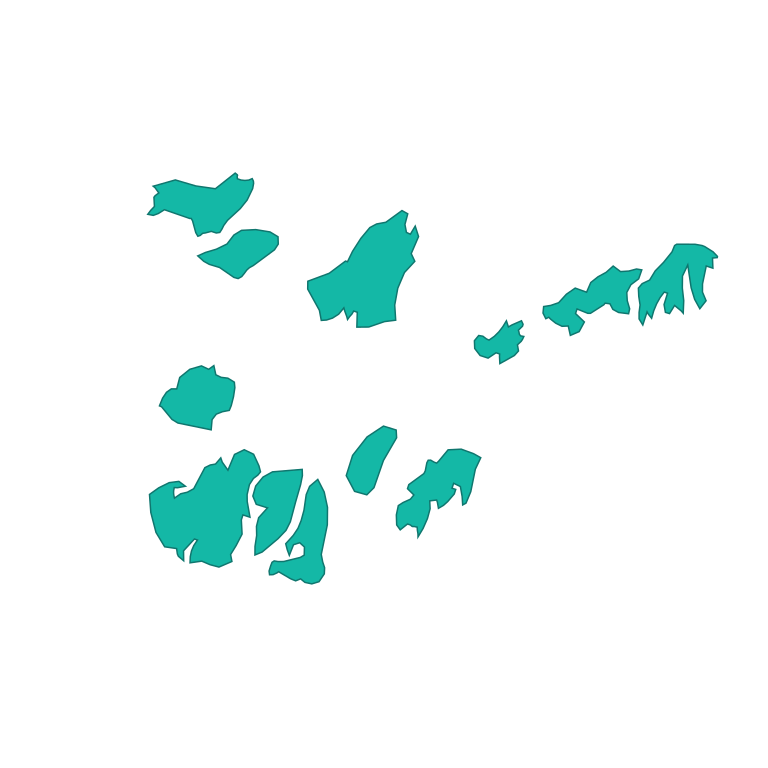 the border of Bolama, rotated 18°
{"feature_id": "GNB-770", "entity_name": "Bolama", "entity_type": "Region", "adm_level": 1, "iso_a3": "GNB", "parent_name": "Guinea-Bissau", "parent_adm1": "", "projection": "equal_earth", "projection_center": [-15.897, 11.361], "detail": "fine", "context": "isolated", "style": "filled", "palette": "teal", "viewbox_px": 768, "rotation_deg": 18, "n_neighbors": 0, "source": "natural_earth", "source_scale": "10m", "svg_char_len": 5293}
<svg xmlns="http://www.w3.org/2000/svg" viewBox="0 0 768 768"><g transform="rotate(18 384 384)"><path d="M297.7,552.1L290.3,552.1L290.3,557.3L295.4,570.6L293.3,583.3L290.8,593.6L294.2,599.8L283.6,609.1L274.5,609.6L265.4,608.8L254.8,614.0L253.1,608.0L252.5,602.3L253.0,596.5L254.8,590.0L251.6,590.0L244.9,604.6L248.1,614.0L241.7,611.4L240.0,609.5L237.6,604.6L225.7,606.6L213.0,595.6L201.9,578.2L195.1,561.5L201.8,552.4L210.2,544.2L219.0,540.0L226.7,542.6L219.6,546.5L216.5,547.3L216.9,550.4L217.5,552.5L218.4,554.6L220.0,557.3L224.6,551.2L230.4,547.7L235.4,542.4L239.5,518.9L243.8,514.7L248.5,512.2L251.6,504.7L254.3,508.3L262.2,514.2L263.6,497.2L271.4,489.7L281.7,491.1L290.3,500.4L293.7,505.7L292.2,509.6L289.0,514.2L287.1,521.2L288.0,531.5L290.2,538.0L297.7,552.1ZM311.5,279.0L313.1,267.5L317.0,252.6L322.2,239.6L327.5,234.1L335.8,229.6L347.5,213.5L354.0,214.8L354.6,225.8L358.5,232.9L362.8,233.4L364.9,224.2L371.3,233.1L369.6,251.6L375.4,257.8L369.0,271.7L367.5,288.6L369.8,305.6L375.4,319.7L365.2,324.5L351.9,334.5L340.6,338.3L336.4,324.0L332.6,324.0L331.9,327.3L330.4,330.7L329.4,333.9L327.7,331.3L324.0,326.6L322.3,324.0L319.3,331.6L314.7,337.2L309.6,340.9L304.7,342.9L299.8,333.9L282.1,317.3L279.8,309.8L297.7,295.6L309.4,279.0L311.5,279.0ZM181.0,290.6L177.8,292.2L172.6,292.2L167.3,295.6L165.0,296.7L163.3,299.5L161.3,301.0L158.2,298.2L151.5,288.0L149.5,286.1L148.3,286.6L121.3,286.1L116.7,291.6L112.5,294.9L106.9,295.6L108.5,290.9L110.8,286.1L107.5,277.5L108.2,275.5L110.8,271.9L105.7,268.1L103.4,267.2L122.5,254.4L143.8,253.8L163.3,250.4L177.3,229.4L179.7,230.3L180.2,230.7L180.1,231.6L181.1,234.1L185.0,234.2L188.8,233.4L192.3,231.9L195.2,229.4L197.1,231.4L198.0,233.5L198.7,238.8L197.0,251.3L193.1,261.6L184.6,276.7L182.6,282.7L182.0,286.8L181.0,290.6ZM498.8,424.2L497.2,436.8L499.8,459.6L498.8,472.0L496.2,474.7L493.1,466.9L488.3,457.9L480.9,456.9L480.9,462.1L484.8,462.1L484.8,466.9L480.9,476.2L478.1,481.0L474.2,485.4L471.3,479.9L469.9,478.1L463.6,481.0L466.4,488.4L466.9,498.5L465.8,509.3L463.6,518.9L462.6,516.0L460.9,512.7L459.8,509.9L456.7,510.2L455.5,510.7L454.6,510.7L452.7,509.9L449.6,509.9L444.5,517.7L439.6,514.1L436.2,504.7L435.2,495.2L438.8,490.8L444.7,485.4L446.7,480.3L438.7,476.3L438.7,472.0L449.6,456.9L450.1,453.9L449.1,445.7L449.6,442.8L452.0,442.0L455.5,442.8L458.5,443.0L459.8,440.6L465.3,426.8L477.6,422.1L490.8,422.6L498.8,424.2ZM661.9,160.8L657.5,162.7L661.0,172.2L654.0,172.2L656.0,190.4L658.5,198.2L664.6,205.3L661.1,214.8L653.3,207.5L646.4,197.6L636.1,176.9L634.5,189.1L638.1,200.6L643.3,212.1L646.7,224.2L644.2,222.7L636.1,219.5L633.8,228.8L629.5,228.9L625.8,221.9L625.6,210.0L622.1,210.0L619.9,216.4L618.5,223.4L617.9,231.0L618.2,238.8L613.7,235.8L611.9,234.1L611.9,247.9L606.5,243.3L604.5,237.1L603.1,229.7L599.2,221.9L596.3,214.2L598.5,208.8L604.5,203.1L607.0,192.6L612.3,181.9L617.1,169.3L617.6,162.5L617.7,162.4L619.2,160.6L636.6,155.0L643.8,154.0L646.6,154.2L656.1,156.6L661.7,159.6L661.9,160.8ZM233.8,481.0L200.0,484.8L193.3,483.2L179.5,474.4L177.2,474.2L177.8,465.9L179.7,459.1L183.2,454.4L188.4,452.7L187.7,440.9L194.8,430.0L204.8,423.2L212.7,424.2L216.5,419.1L221.2,427.2L227.0,428.0L233.7,426.7L241.1,428.5L243.3,433.6L244.8,442.6L245.4,451.7L245.0,456.9L238.9,460.3L233.8,464.5L231.5,471.0L233.8,481.0ZM350.5,495.2L360.5,505.2L368.4,518.8L373.6,535.4L377.0,565.5L380.7,572.2L384.3,577.1L385.9,583.0L383.3,592.1L377.1,596.4L370.1,597.1L364.9,595.1L360.8,598.5L355.4,598.1L341.8,595.1L340.6,596.7L337.4,599.6L334.1,600.8L332.5,597.4L332.4,591.9L332.6,588.2L334.2,586.2L338.1,585.6L343.5,583.8L358.0,574.8L361.0,571.4L358.7,563.6L352.9,561.0L347.6,564.8L346.9,576.2L343.2,571.5L339.9,566.3L344.5,556.0L346.8,547.8L347.4,539.5L346.9,528.8L344.2,513.2L344.9,504.3L350.5,495.2ZM593.9,195.8L593.7,205.3L588.1,213.3L586.6,221.9L589.6,229.6L594.4,236.6L594.9,241.6L585.0,243.5L578.6,242.3L574.1,237.9L569.3,238.8L568.6,240.7L558.5,253.0L555.9,253.8L544.4,253.0L544.4,257.8L555.4,263.1L553.4,273.9L546.2,280.2L541.3,271.9L535.5,274.1L528.5,273.1L522.6,270.9L520.1,269.6L517.7,271.9L513.3,267.4L511.9,261.0L518.2,257.8L525.0,252.7L529.7,242.3L536.2,233.7L548.3,234.1L549.3,223.6L554.4,215.9L560.8,209.1L565.5,201.0L574.2,204.0L582.0,200.9L588.6,196.6L593.9,195.8ZM336.4,523.7L337.5,544.0L336.0,553.5L331.0,563.9L320.0,581.5L314.1,586.5L311.5,578.3L309.7,567.4L306.7,558.8L306.1,549.9L311.5,537.8L299.7,537.9L293.9,531.1L293.5,520.7L297.7,509.9L305.1,502.0L332.6,490.5L334.7,496.3L335.8,505.6L336.4,523.7ZM191.6,324.0L180.8,324.2L174.7,323.0L167.3,319.7L173.5,314.1L182.9,307.6L191.4,299.4L195.2,288.7L201.0,281.9L214.3,276.8L228.6,274.6L237.7,276.7L240.2,283.6L238.4,290.2L223.1,311.7L220.1,314.9L218.3,318.0L217.0,321.9L215.5,325.8L212.7,328.8L208.3,329.0L191.6,324.0ZM396.5,424.2L409.8,424.0L412.6,431.2L407.1,456.9L406.5,485.7L401.9,494.7L389.2,495.2L376.4,482.8L376.2,461.6L384.3,439.5L396.5,424.2ZM495.2,291.3L496.3,292.9L497.3,294.8L499.0,296.0L502.3,295.6L501.9,298.9L501.3,301.0L498.8,305.5L501.7,311.0L499.2,316.6L487.9,328.8L485.4,322.3L484.7,319.7L480.9,319.7L475.0,327.2L466.6,327.2L459.3,322.2L456.6,314.9L459.1,308.6L463.3,308.0L467.6,309.5L470.3,309.8L474.2,304.6L477.1,299.0L479.3,292.8L480.9,286.1L484.7,291.3L487.4,288.3L495.2,281.4L497.8,284.2L497.9,286.2L495.2,291.3Z" fill="#14b8a6" stroke="#0f766e" stroke-width="1.5"/></g></svg>